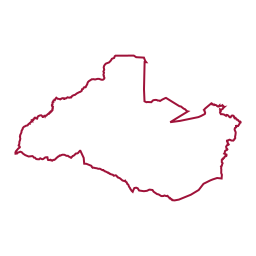 Asutifi North, Brong Ahafo, Ghana
{"feature_id": "2480657B98266466330064", "entity_name": "Asutifi North", "entity_type": "district", "adm_level": 2, "iso_a3": "GHA", "parent_name": "Ghana", "parent_adm1": "Brong Ahafo", "projection": "albers", "projection_center": [-2.56, 7.077], "detail": "fine", "context": "isolated", "style": "outline", "palette": "rose", "viewbox_px": 256, "rotation_deg": 0, "n_neighbors": 0, "source": "geoboundaries", "source_scale": "gbopen_adm2", "svg_char_len": 5808}
<svg xmlns="http://www.w3.org/2000/svg" viewBox="0 0 256 256"><path d="M145.2,60.9L143.9,57.6L136.2,57.2L133.8,55.6L115.5,55.7L114.7,56.3L114.2,57.9L111.9,58.8L110.8,60.6L109.1,62.4L105.9,63.6L104.9,64.6L104.1,65.9L103.7,67.3L104.2,69.8L103.7,70.8L103.4,71.7L104.0,72.7L103.4,74.9L103.9,75.7L103.8,76.4L104.4,77.7L104.3,78.5L103.7,79.2L103.2,79.6L102.1,79.8L101.1,79.6L99.1,78.9L97.4,78.9L95.0,79.5L93.8,79.2L91.7,79.3L91.0,79.8L89.1,81.0L88.1,81.9L87.4,83.3L87.3,84.1L86.8,84.8L86.6,85.5L85.9,86.3L85.7,87.2L85.4,87.3L84.4,87.2L83.8,87.5L83.2,88.8L82.4,89.3L82.0,89.3L81.7,90.8L80.4,91.8L79.6,92.0L77.0,93.3L74.9,94.9L74.2,95.0L72.3,95.8L71.1,97.5L70.5,97.5L70.3,97.3L69.4,97.7L68.7,97.6L67.5,97.3L66.2,98.3L64.8,98.3L64.5,99.0L64.1,99.0L63.3,98.2L62.2,98.2L61.4,98.8L60.9,98.8L60.2,99.4L59.0,98.9L57.7,98.8L56.5,97.9L56.4,98.2L55.9,98.2L55.0,99.7L54.7,99.7L54.7,100.2L54.1,100.2L53.5,100.5L53.2,101.3L53.3,101.8L52.9,101.8L52.5,102.3L52.7,102.7L52.4,104.0L52.5,104.3L51.9,104.9L51.9,105.6L52.1,106.1L52.8,106.4L53.0,106.8L52.6,107.6L52.5,108.1L52.8,108.3L52.6,109.3L52.3,109.5L52.5,110.1L51.4,111.5L51.0,111.6L50.8,111.9L50.6,111.7L50.5,111.9L50.2,111.9L49.7,112.6L49.8,112.9L49.5,113.1L49.2,113.0L48.8,113.9L48.3,113.8L48.0,114.1L47.7,114.2L46.3,115.7L45.4,115.7L45.2,116.1L45.1,115.8L44.3,115.8L43.7,116.5L43.2,116.6L43.0,117.0L42.7,117.0L41.8,115.7L41.2,115.3L40.1,115.4L38.3,116.1L37.3,117.5L37.3,118.3L37.1,118.6L36.7,118.3L36.4,118.4L36.2,118.2L35.7,118.3L35.2,118.0L35.1,117.7L34.8,117.7L34.4,118.3L34.2,118.3L33.8,119.2L33.1,119.5L33.0,120.1L32.7,120.1L32.9,120.3L32.3,120.7L32.3,120.9L32.2,120.8L31.4,121.1L30.9,122.2L30.0,122.8L29.4,123.5L29.5,123.7L29.0,123.7L28.2,124.4L27.7,125.3L27.2,125.5L26.0,125.7L25.3,126.2L24.4,126.5L23.6,127.1L22.7,128.3L22.7,128.9L21.6,130.8L21.4,132.5L20.1,135.3L20.2,136.1L19.9,136.6L20.3,138.6L20.0,140.2L19.4,141.7L19.3,144.0L18.6,145.4L18.7,145.7L19.4,146.2L19.8,146.9L19.8,147.4L18.4,148.4L15.9,151.3L15.9,151.9L15.5,152.2L15.4,152.7L15.5,153.7L17.0,153.5L17.2,152.8L17.6,152.5L18.1,152.6L20.3,151.7L21.7,152.2L23.0,153.6L25.2,155.1L28.6,156.5L32.4,156.1L33.3,156.7L33.9,157.6L35.0,157.7L36.2,159.0L37.1,159.2L39.1,159.3L40.2,158.3L41.9,159.1L42.6,159.2L43.2,159.0L45.3,157.4L47.3,157.2L47.5,157.3L47.5,158.3L48.1,160.0L49.3,160.1L50.4,159.7L50.9,159.9L51.3,160.5L51.9,160.3L52.4,160.6L53.3,159.9L54.4,159.9L55.4,159.1L55.9,158.5L56.3,158.3L56.8,157.6L57.7,157.1L58.0,156.6L59.3,156.0L59.6,155.5L60.6,155.6L61.2,155.1L62.6,154.7L64.5,154.8L66.4,155.8L67.9,155.8L68.8,156.6L69.8,156.9L70.4,157.5L71.1,157.8L72.7,156.0L73.6,155.7L74.7,154.8L75.7,153.6L77.2,153.4L77.9,153.1L79.9,150.8L80.4,150.8L83.7,157.9L84.2,163.7L86.4,163.8L91.3,165.8L91.8,166.6L91.9,167.0L92.7,167.8L93.6,167.6L94.9,168.0L96.9,168.3L98.2,168.8L99.8,168.7L102.2,170.0L103.2,170.0L103.4,170.5L104.5,170.8L105.0,171.4L106.1,171.7L107.1,172.3L107.9,172.4L108.2,173.0L109.1,173.1L109.4,173.4L109.6,173.8L110.2,173.8L110.7,174.2L112.9,174.8L113.7,175.7L115.8,175.3L116.7,176.0L117.2,176.8L117.6,176.9L117.9,177.5L119.4,178.0L120.2,178.5L122.5,180.5L124.5,181.1L125.1,180.7L125.4,181.4L125.9,181.6L126.2,182.2L126.7,182.4L127.3,184.0L127.9,184.3L128.4,184.9L128.9,186.4L129.7,187.7L130.0,188.0L130.5,189.2L130.9,189.6L131.6,190.8L132.7,191.8L133.5,189.7L134.4,188.0L136.2,187.7L137.7,188.3L139.1,190.5L143.9,191.2L147.0,190.8L149.2,189.7L150.2,189.7L152.5,190.0L153.6,191.7L154.6,192.4L157.1,194.1L158.6,194.4L161.0,195.9L161.8,196.1L163.5,196.0L164.3,195.5L166.4,196.1L167.5,195.8L168.9,197.5L169.8,197.8L169.8,198.5L171.0,198.8L171.4,199.5L172.0,199.9L172.3,199.8L172.4,200.2L174.6,200.4L178.9,199.6L190.9,194.7L198.7,190.0L203.5,183.8L210.3,180.4L212.8,179.4L217.1,178.0L221.6,178.5L221.9,174.8L221.2,173.0L221.3,169.3L221.1,168.1L221.3,167.0L221.0,166.4L221.8,165.8L222.2,164.1L222.6,163.4L222.5,162.9L221.8,162.2L221.8,159.9L222.6,159.4L222.4,159.2L222.5,158.8L223.1,158.3L224.0,158.0L224.5,156.9L225.0,156.6L225.4,155.9L225.7,155.7L226.1,156.1L226.3,156.0L226.5,155.3L226.1,155.0L226.3,154.5L224.2,153.6L224.7,152.9L225.0,151.1L225.7,150.4L226.8,150.1L227.4,149.3L226.9,148.6L226.4,148.2L226.1,146.7L227.0,145.2L228.0,145.0L228.6,144.6L228.2,144.2L228.3,143.9L228.0,143.6L228.0,143.3L227.6,143.0L227.6,142.0L227.1,141.6L226.9,140.9L227.0,140.6L227.3,140.5L227.5,140.7L229.4,139.7L230.5,140.0L231.2,140.5L233.3,140.6L234.5,139.3L234.5,138.8L235.2,138.1L235.1,136.3L235.4,135.3L235.7,132.9L235.6,132.0L234.8,130.2L234.6,129.3L234.9,128.1L236.1,127.3L236.0,125.9L236.6,125.8L237.4,126.1L238.1,126.0L239.7,123.5L239.9,122.8L240.6,122.5L240.6,122.0L240.2,121.5L239.2,121.5L238.5,120.9L238.3,120.3L237.2,119.5L236.6,119.6L235.5,117.8L234.7,117.8L234.5,118.0L234.2,117.3L234.1,116.8L233.8,116.7L233.7,116.0L233.2,115.7L232.8,115.5L231.6,115.7L230.6,117.3L229.6,117.2L229.1,116.5L227.6,115.1L226.6,114.9L226.3,115.1L226.0,115.8L223.9,114.5L222.4,114.2L220.9,114.2L220.2,112.9L220.3,112.6L220.0,112.1L220.7,111.3L220.3,110.5L220.6,110.5L220.4,109.6L220.8,109.9L220.8,109.6L221.3,109.7L222.5,109.0L222.9,108.6L222.9,108.3L224.1,107.2L223.6,107.3L223.3,106.9L223.5,106.2L222.4,105.2L222.0,105.7L220.0,106.0L219.4,105.9L219.4,105.5L218.3,106.5L217.9,106.5L216.9,105.9L216.7,105.5L215.7,105.0L215.3,105.0L214.9,104.8L214.4,105.0L214.3,104.7L213.9,104.9L213.1,104.4L212.5,104.5L212.3,104.0L211.9,104.1L211.7,103.8L211.9,103.6L211.4,103.3L205.3,108.4L203.9,109.9L204.5,110.5L204.6,111.6L205.1,112.2L205.1,113.2L204.8,114.0L201.0,116.0L198.4,117.1L179.9,120.9L170.2,122.2L187.9,111.4L187.0,111.2L185.0,109.2L183.6,108.6L181.0,106.5L179.4,106.2L166.0,97.9L165.3,98.1L162.4,99.5L160.0,101.0L159.0,100.5L157.9,100.6L156.7,100.0L155.4,99.9L153.8,100.1L153.0,100.4L151.3,102.2L147.7,102.0L146.4,102.2L144.5,101.3L144.0,89.3L144.6,62.1L146.2,62.2L145.2,60.9Z" fill="none" stroke="#9f1239" stroke-width="2"/></svg>